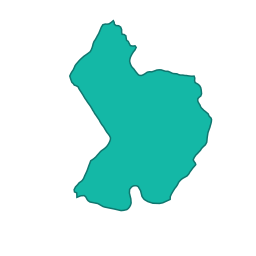 the district of Capinópolis, Minas Gerais, Brazil, rotated 210°
{"feature_id": "56859067B52140573071662", "entity_name": "Capinópolis", "entity_type": "district", "adm_level": 2, "iso_a3": "BRA", "parent_name": "Brazil", "parent_adm1": "Minas Gerais", "projection": "equal_earth", "projection_center": [-49.565, -18.674], "detail": "fine", "context": "isolated", "style": "filled", "palette": "teal", "viewbox_px": 256, "rotation_deg": 210, "n_neighbors": 0, "source": "geoboundaries", "source_scale": "gbopen_adm2", "svg_char_len": 3204}
<svg xmlns="http://www.w3.org/2000/svg" viewBox="0 0 256 256"><g transform="rotate(210 128 128)"><path d="M137.6,42.4L135.0,45.7L132.1,47.6L130.1,47.2L127.7,45.7L126.2,45.1L124.0,44.9L122.2,45.5L116.3,47.5L114.0,47.5L110.4,47.5L108.6,47.9L98.7,51.2L92.7,53.0L90.5,54.6L88.2,56.8L87.5,58.5L87.2,60.7L87.3,62.7L87.8,64.6L90.1,68.0L94.3,72.4L95.9,75.6L95.5,78.7L94.2,80.8L91.9,82.2L90.0,82.4L85.8,80.0L81.6,75.7L78.8,74.4L77.4,74.2L74.0,74.2L68.8,75.3L63.0,78.4L60.5,80.6L55.8,87.2L57.1,89.8L57.4,92.5L57.4,95.6L57.3,98.9L56.9,101.4L56.8,103.6L57.0,106.4L56.6,108.5L56.1,110.3L55.3,112.0L54.1,114.0L52.9,116.0L52.4,118.6L52.4,121.0L52.1,123.3L51.9,125.5L51.4,127.9L51.0,130.1L52.1,131.2L53.8,131.9L55.6,133.0L55.9,135.6L55.7,138.5L55.1,140.6L54.6,142.9L54.1,145.0L54.1,146.8L53.5,149.3L52.6,152.1L52.7,155.0L53.6,157.1L54.4,158.8L55.3,161.0L56.4,163.9L57.0,166.9L57.4,169.4L57.9,171.2L58.4,173.3L59.0,175.2L59.9,177.1L61.2,178.2L62.6,178.5L64.0,179.0L65.6,180.3L67.8,180.7L69.5,181.0L71.2,181.2L72.9,181.7L74.6,182.1L75.9,182.8L77.2,183.9L78.8,184.7L81.0,186.1L82.2,188.3L81.7,190.4L81.0,192.1L81.4,194.4L82.8,196.4L84.0,198.0L85.3,199.4L87.2,200.5L89.1,200.9L90.6,200.9L92.6,200.9L94.0,202.3L95.1,204.6L96.7,206.0L98.5,204.8L100.0,204.1L101.9,203.3L103.6,202.7L105.1,201.9L107.1,201.2L109.0,200.1L110.5,199.6L112.7,199.4L114.6,198.5L116.0,197.8L117.3,197.5L119.4,197.4L121.7,197.1L123.6,196.0L125.1,195.6L126.6,195.3L128.4,194.9L130.2,193.9L132.0,192.6L133.9,190.3L135.5,188.5L137.5,187.5L139.2,186.0L140.4,183.5L141.3,181.9L142.4,180.4L143.9,179.5L145.3,179.2L146.9,179.7L148.8,180.4L150.7,181.2L152.4,182.0L154.2,182.5L155.6,183.0L157.0,183.9L158.5,185.1L160.0,186.7L160.8,188.6L161.3,190.6L161.5,193.6L161.4,196.6L161.0,198.9L161.2,201.9L163.0,202.7L164.7,201.4L167.1,200.5L169.4,201.9L171.1,203.1L173.0,203.2L174.4,204.8L176.0,206.8L178.2,207.0L179.9,206.2L181.3,207.6L182.7,210.0L184.8,211.7L187.2,211.9L189.7,210.7L191.7,211.1L192.8,212.6L194.4,213.6L195.3,211.1L196.5,208.7L198.0,207.5L199.7,206.6L201.4,204.9L201.5,201.9L201.0,198.4L200.6,195.2L200.6,192.4L200.5,190.1L200.5,187.8L200.7,186.0L200.3,183.5L199.6,181.2L199.2,179.4L198.9,177.2L198.9,175.2L199.6,173.4L200.4,171.6L201.3,169.7L202.1,168.0L202.8,165.9L203.5,163.7L204.0,161.7L204.4,159.5L204.8,157.5L205.0,155.6L204.7,153.2L204.5,150.9L204.7,148.4L204.7,146.5L204.4,143.9L202.3,141.9L200.8,140.6L199.4,139.5L197.6,139.1L196.0,138.3L194.1,138.7L191.8,138.7L189.8,137.3L187.6,136.2L185.8,135.3L183.7,134.2L181.6,133.0L179.8,132.0L178.0,131.2L176.1,130.2L174.1,129.3L172.0,128.4L170.0,127.3L168.7,126.6L167.5,125.8L165.8,125.0L164.1,123.9L162.0,123.0L160.0,122.0L158.3,121.2L157.0,120.6L155.2,119.4L153.2,118.3L151.7,117.6L150.4,117.1L149.1,116.5L147.4,115.5L145.4,114.4L144.0,113.7L142.2,113.0L140.0,112.0L138.2,110.7L137.3,108.7L137.0,106.5L136.9,104.4L137.1,101.9L137.5,100.1L138.1,98.4L138.8,96.8L139.7,94.9L140.2,93.1L140.5,91.3L140.9,89.5L141.4,86.8L142.3,84.2L143.1,82.6L143.9,81.0L143.5,78.7L143.0,75.5L142.4,72.4L142.0,69.9L141.8,67.6L141.6,65.0L141.2,62.1L141.4,59.6L142.1,57.8L142.9,56.2L143.3,53.5L144.0,50.7L143.8,47.6L142.4,45.9L140.0,46.2L138.6,44.1L137.6,42.4Z" fill="#14b8a6" stroke="#0f766e" stroke-width="1.5"/></g></svg>